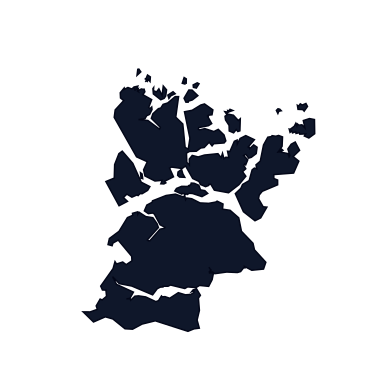 Tromsø nor, Troms, Norway, rotated 74°
{"feature_id": "86288312B12055584821312", "entity_name": "Tromsø nor", "entity_type": "district", "adm_level": 2, "iso_a3": "NOR", "parent_name": "Norway", "parent_adm1": "Troms", "projection": "orthographic", "projection_center": [18.78, 69.672], "detail": "fine", "context": "isolated", "style": "filled", "palette": "ink", "viewbox_px": 384, "rotation_deg": 74, "n_neighbors": 0, "source": "geoboundaries", "source_scale": "gbopen_adm2", "svg_char_len": 6043}
<svg xmlns="http://www.w3.org/2000/svg" viewBox="0 0 384 384"><g transform="rotate(74 192 192)"><path d="M324.9,222.5L316.5,222.4L307.8,217.5L295.8,215.1L293.6,212.4L286.4,214.3L286.4,217.9L287.7,219.8L287.5,217.4L289.3,218.0L290.1,221.4L289.0,226.7L285.0,232.9L288.0,242.7L285.1,246.8L284.4,250.3L283.9,249.8L283.5,250.0L287.2,254.1L287.4,257.0L280.1,265.4L277.1,272.0L276.4,275.6L279.1,280.8L277.6,280.8L276.6,284.6L277.1,281.0L272.1,275.9L260.0,290.0L251.3,291.8L260.0,287.2L265.8,275.8L280.0,258.2L275.4,252.1L274.7,248.7L275.3,246.1L274.6,245.9L276.0,241.0L275.5,238.3L282.8,225.5L282.0,222.4L285.0,214.5L283.9,210.5L287.3,202.0L281.8,196.8L275.6,193.6L274.6,197.5L273.3,197.3L272.4,195.4L268.9,196.5L272.3,195.2L274.6,196.7L274.4,194.3L276.8,192.6L278.5,180.7L281.9,170.6L281.9,167.2L279.0,163.2L279.5,162.2L278.0,162.1L283.7,156.1L285.8,144.5L279.9,140.4L264.8,147.9L258.1,147.5L243.4,155.3L229.7,154.2L220.1,160.4L216.9,167.4L212.1,165.5L207.7,170.4L208.2,171.9L207.5,179.1L204.7,187.3L198.4,194.1L196.3,198.7L197.7,200.3L194.1,200.0L194.2,201.9L189.5,208.5L188.2,217.9L189.6,232.4L190.9,233.2L192.1,239.0L197.0,243.0L200.8,239.9L201.3,235.7L202.7,234.3L214.7,231.7L218.5,227.7L219.3,228.7L218.9,232.9L227.3,246.0L226.8,247.5L225.8,248.2L216.9,234.1L213.0,234.3L205.9,236.7L202.9,243.2L196.8,248.5L198.6,250.3L196.1,249.9L196.1,255.1L198.1,255.4L198.8,261.1L209.7,273.0L213.9,284.2L219.4,287.2L221.6,283.6L219.3,282.1L217.9,276.2L237.2,267.7L241.6,268.7L243.7,275.3L240.2,277.9L240.4,284.4L237.7,285.2L243.9,289.0L257.3,305.7L261.5,305.1L262.6,301.8L268.7,302.9L271.0,308.1L269.6,309.8L275.1,315.5L278.7,315.3L279.2,323.0L277.2,329.7L289.8,322.5L288.1,309.7L292.2,303.1L305.0,294.1L307.5,286.9L305.2,276.4L305.7,262.8L324.8,234.3L324.1,227.8L324.9,222.5ZM166.9,117.1L163.7,119.7L166.2,124.6L164.4,124.7L164.7,126.3L158.9,117.6L152.6,124.8L153.8,131.0L158.3,135.2L154.5,134.3L154.9,137.3L163.5,144.4L162.6,146.6L169.0,147.1L167.9,149.9L168.8,152.1L163.2,152.0L167.0,154.5L162.3,156.5L159.9,169.9L160.0,176.4L156.9,181.7L159.6,185.5L165.4,187.1L162.1,188.8L153.1,186.6L152.3,183.3L154.0,176.6L152.1,171.5L152.6,168.0L148.9,161.8L153.2,160.0L151.6,157.8L153.7,147.6L152.2,145.4L146.0,145.5L139.0,149.5L139.9,154.3L134.6,162.2L134.4,167.5L133.5,168.6L131.9,167.8L132.8,158.0L131.7,154.2L122.8,156.3L123.8,155.9L122.4,156.1L123.6,155.4L122.7,155.0L123.3,151.5L118.8,149.3L110.8,155.7L110.8,159.6L113.5,169.3L112.8,177.1L139.8,179.2L149.8,183.8L147.2,186.3L124.1,182.1L115.6,187.0L96.6,178.6L95.7,181.9L99.7,190.8L99.8,195.6L102.7,198.9L102.6,201.3L106.0,208.0L110.0,210.8L121.1,204.6L122.6,205.9L111.1,214.7L107.6,223.6L108.4,216.8L106.2,214.6L105.7,211.4L101.7,207.7L99.2,207.3L100.3,209.4L98.7,210.3L92.1,205.3L84.9,212.4L82.7,209.7L79.3,209.7L80.3,210.0L79.0,212.2L79.7,216.1L80.8,215.9L80.1,216.6L77.7,215.1L77.8,216.9L75.3,214.9L75.1,218.5L79.1,218.4L75.5,219.6L76.4,221.4L73.9,224.8L74.8,229.8L74.6,230.1L73.5,228.5L73.3,228.5L76.8,233.6L81.9,234.8L85.3,232.4L91.9,243.2L98.8,246.2L142.9,235.6L150.6,226.6L157.3,232.4L163.6,232.8L171.2,224.6L172.6,217.4L175.5,219.7L176.5,216.8L176.0,214.6L174.2,215.6L172.3,205.6L162.8,207.0L162.4,204.8L166.7,195.0L165.2,191.0L179.2,187.6L183.8,182.4L187.2,181.7L190.6,177.5L190.3,174.1L189.2,173.6L189.7,171.8L196.4,170.0L202.8,157.1L197.9,144.9L191.7,135.9L186.4,137.8L184.5,133.9L180.7,134.9L179.5,133.6L180.7,132.9L176.4,129.5L171.1,132.3L170.7,129.8L175.1,128.2L175.0,125.4L172.8,119.7L166.9,117.1ZM172.4,79.0L173.4,83.5L177.1,88.0L183.8,87.8L185.0,89.0L181.5,89.2L177.8,96.4L177.0,93.1L175.3,94.2L177.8,96.4L177.4,98.4L172.9,92.8L164.0,89.8L161.5,93.2L161.5,96.1L159.9,99.5L160.6,100.4L160.2,104.0L166.5,110.3L181.2,117.9L183.5,123.0L187.6,123.3L186.2,125.5L187.3,128.1L196.8,133.9L198.7,141.3L202.0,144.1L205.5,150.8L225.1,148.0L237.0,139.4L235.8,133.1L227.2,124.2L225.8,127.7L216.7,129.9L213.4,128.2L210.7,124.3L208.7,107.7L204.1,106.4L201.6,109.6L197.8,108.6L201.8,89.1L191.8,80.8L185.8,85.0L181.6,77.1L172.4,79.0ZM185.1,265.9L183.2,256.6L178.4,259.5L176.1,255.2L180.4,251.2L179.7,245.8L180.6,244.8L179.2,242.4L179.9,240.4L178.2,234.2L175.2,231.0L168.6,238.1L148.2,241.0L133.5,247.8L135.0,251.7L144.3,258.8L157.2,262.9L158.2,271.9L185.1,265.9ZM156.1,54.3L153.8,58.8L154.0,65.3L161.6,65.8L157.7,67.8L157.2,70.8L155.5,72.0L157.3,73.0L154.6,73.3L157.0,75.6L158.8,80.4L158.3,81.2L161.7,81.3L160.8,79.4L162.9,79.1L162.7,75.7L164.4,75.9L164.6,72.5L166.1,72.5L167.5,66.7L169.1,68.6L172.3,64.8L169.8,58.0L156.1,54.3ZM197.7,177.3L194.2,179.3L192.3,183.2L187.4,183.6L184.2,187.5L183.2,190.3L184.7,191.2L185.0,194.1L185.4,192.7L185.9,193.0L183.7,200.5L184.3,205.9L186.3,208.2L191.2,202.4L190.5,202.0L191.4,199.7L192.7,200.1L192.2,197.8L193.1,197.3L192.5,195.0L193.6,191.9L199.2,183.7L197.7,177.3ZM146.4,129.1L134.9,125.4L136.0,127.8L129.6,131.0L127.1,135.8L128.3,139.4L132.0,139.9L138.2,138.0L143.6,139.4L146.6,135.7L144.2,132.3L146.5,131.3L146.4,129.1ZM86.8,188.3L82.2,190.4L91.1,194.2L83.7,195.4L86.0,198.5L84.0,201.1L81.1,200.1L81.9,201.1L87.1,202.1L94.7,196.6L94.3,193.0L92.6,190.9L86.8,188.3ZM101.0,159.8L94.1,163.8L93.1,166.9L99.7,173.8L104.0,173.1L104.6,170.9L103.7,170.4L103.6,166.3L101.0,159.8ZM141.6,57.4L138.3,58.1L138.8,62.0L137.1,63.6L138.8,65.8L137.7,66.8L141.8,67.3L143.3,62.8L145.2,61.9L141.6,57.4ZM175.9,194.9L172.0,195.8L167.4,195.8L168.9,199.9L172.0,201.2L174.2,199.9L175.9,194.9ZM92.9,181.1L90.4,182.6L92.2,188.5L95.7,188.4L93.7,185.8L92.9,181.1ZM85.8,167.6L81.7,166.3L79.8,168.0L84.8,171.4L86.1,169.3L85.0,169.3L85.8,167.6ZM69.9,200.3L67.3,202.5L70.6,205.1L70.0,206.2L71.7,204.5L73.2,206.5L72.5,204.8L73.3,204.4L71.7,203.0L74.2,201.9L69.9,200.3ZM89.9,155.4L88.5,156.9L89.4,161.4L91.8,161.8L93.3,159.2L89.9,155.4ZM165.6,235.7L160.9,235.0L159.3,236.2L164.6,237.2L165.6,235.7ZM62.4,208.1L59.2,209.2L59.1,210.3L64.7,212.7L62.4,208.1ZM124.9,130.3L123.0,132.7L124.1,134.1L123.5,135.2L125.1,135.3L123.8,138.3L126.4,137.4L125.2,135.6L124.9,130.3ZM138.5,83.8L136.6,84.8L135.7,86.4L136.8,88.4L140.2,87.8L138.3,86.3L138.5,83.8Z" fill="#0f172a" stroke="#020617" stroke-width="1.5"/></g></svg>